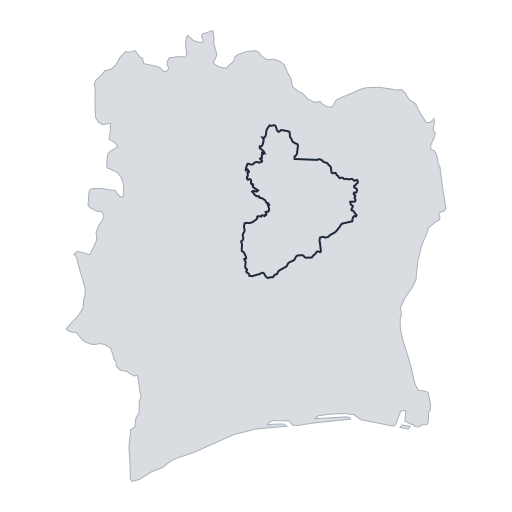 location of Vallée du Bandama within Ivory Coast
{"feature_id": "CIV-3450", "entity_name": "Vallée du Bandama", "entity_type": "Region", "adm_level": 1, "iso_a3": "CIV", "parent_name": "Ivory Coast", "parent_adm1": "", "projection": "robinson", "projection_center": [-5.056, 8.307], "detail": "fine", "context": "in_parent", "style": "outline", "palette": "slate", "viewbox_px": 512, "rotation_deg": 0, "n_neighbors": 0, "source": "natural_earth", "source_scale": "10m", "svg_char_len": 9562}
<svg xmlns="http://www.w3.org/2000/svg" viewBox="0 0 512 512"><path d="M104.8,70.4L106.6,70.4L111.4,68.8L115.7,65.2L119.8,57.7L125.3,51.7L131.4,52.1L133.3,51.0L135.4,50.8L138.0,54.8L140.6,57.8L142.4,57.9L143.8,63.6L155.0,66.0L159.8,67.5L163.9,71.7L165.3,71.8L167.0,70.9L168.3,69.5L168.6,67.9L166.9,64.1L167.6,60.7L169.4,57.7L172.3,57.5L176.7,56.7L181.7,56.7L185.4,57.2L186.9,54.2L185.5,45.7L185.9,41.0L186.5,37.1L187.9,35.5L193.4,40.5L198.5,42.2L202.2,42.4L203.2,41.4L201.6,36.0L202.1,34.4L203.4,33.5L205.8,32.9L212.3,30.7L213.0,31.2L214.2,39.7L213.6,42.5L215.0,48.2L216.7,53.6L216.5,55.8L215.1,59.1L213.5,62.2L213.7,63.4L216.3,65.5L221.2,67.6L226.3,68.1L229.2,65.0L232.2,62.5L234.2,60.2L234.9,56.8L238.2,54.4L247.5,51.3L256.1,50.8L258.1,51.8L262.0,56.5L266.9,59.7L274.3,59.3L279.7,61.2L284.4,64.8L287.6,72.8L291.0,78.6L292.5,86.9L297.9,91.2L302.2,93.1L307.9,99.1L313.9,102.2L320.1,101.5L323.0,104.6L327.6,106.8L332.2,107.0L336.2,100.1L341.6,97.3L355.1,91.8L360.4,89.3L365.8,87.8L378.9,87.3L391.0,89.0L397.0,90.2L401.1,89.3L405.0,92.6L409.0,99.4L412.3,101.6L415.7,104.0L418.2,109.4L421.2,114.8L422.8,117.2L426.4,122.5L429.5,122.6L432.6,120.3L433.9,118.6L434.5,122.1L433.3,127.8L433.6,131.3L435.3,132.6L434.4,137.2L430.8,144.9L430.8,149.4L434.3,150.8L436.9,155.7L438.4,164.0L439.9,166.7L440.1,168.4L442.7,188.5L445.9,208.6L443.9,211.2L441.1,211.9L439.3,212.9L438.8,214.8L440.0,217.5L439.2,220.0L435.8,221.7L428.2,228.1L427.7,230.7L425.7,236.1L424.1,239.4L421.6,245.6L417.7,261.9L416.3,275.4L416.1,279.5L414.6,282.4L412.9,286.6L404.7,298.2L400.5,307.6L401.1,311.8L401.3,315.9L400.1,318.9L400.3,326.8L401.3,333.5L402.8,340.1L408.7,358.7L411.8,369.9L413.7,379.0L415.4,385.1L417.0,387.6L417.7,390.0L426.5,391.6L428.2,393.0L430.6,404.8L430.2,410.2L428.5,412.2L428.5,416.7L428.1,422.4L426.9,424.6L421.9,424.9L418.6,427.0L414.2,426.2L413.8,424.8L411.4,424.3L404.8,421.1L405.9,410.8L402.9,410.4L400.5,411.7L395.9,424.0L393.7,426.2L361.1,419.8L354.0,414.7L345.5,413.5L330.7,414.1L318.5,415.6L315.0,418.7L345.8,416.9L349.1,417.3L350.7,419.1L311.8,423.2L296.9,425.6L292.5,425.0L289.2,421.0L273.0,420.6L269.7,421.8L267.7,424.8L274.1,424.1L284.1,424.0L286.8,426.2L255.4,429.1L233.7,434.6L224.4,438.8L194.1,452.3L175.6,458.6L170.7,461.0L162.3,467.6L151.5,471.8L139.3,479.5L131.9,481.3L130.2,478.8L130.1,465.7L129.0,448.0L129.4,441.3L130.4,435.0L130.4,429.7L134.1,427.7L135.1,425.5L135.7,418.7L139.1,412.5L139.2,401.6L140.2,399.4L141.0,396.5L139.6,389.4L137.7,375.9L136.7,375.1L135.9,375.6L133.9,375.9L126.3,371.2L120.5,370.4L116.3,366.5L116.1,362.0L114.1,359.3L112.7,354.1L110.6,348.1L104.9,344.5L99.4,343.6L95.5,344.4L91.0,344.2L85.8,342.2L82.2,339.9L78.8,335.5L75.7,332.0L73.2,332.4L70.1,331.6L67.1,330.0L66.1,328.8L78.8,314.9L83.0,308.0L83.5,303.9L83.6,299.7L85.0,295.4L85.3,288.8L78.4,264.9L76.6,257.5L74.8,255.3L73.6,254.5L77.1,251.5L82.0,252.3L89.4,254.7L91.0,252.3L96.7,240.2L96.5,235.8L96.0,232.7L99.3,224.4L101.9,221.2L103.3,217.8L102.9,213.1L100.9,211.3L98.3,211.6L95.2,210.5L90.4,207.8L88.0,205.4L88.8,194.5L89.2,191.1L90.9,189.1L93.5,188.6L100.9,188.3L106.9,189.5L112.1,190.3L114.9,190.2L117.2,193.5L120.2,196.8L122.9,196.8L123.8,194.3L123.2,183.5L121.4,177.9L117.4,172.4L107.0,167.7L106.8,161.1L107.9,154.0L110.1,151.4L117.8,146.9L116.5,144.5L114.0,141.9L109.1,139.3L110.3,130.8L110.5,123.2L106.4,124.1L102.1,124.5L98.6,122.2L95.6,117.6L95.0,104.9L95.1,90.3L94.5,83.8L95.7,80.4L99.3,77.2L103.3,73.1L104.8,70.4ZM410.0,426.3L408.3,429.1L400.0,427.4L402.0,425.0L410.0,426.3Z" fill="#d9dde1" stroke="#a8b0b8" stroke-width="1"/><path d="M352.3,221.3L343.1,223.4L341.8,223.8L341.3,224.3L341.0,224.6L339.6,227.0L336.0,231.4L334.9,232.4L330.0,235.1L328.4,236.7L327.5,237.1L326.4,237.4L325.7,237.5L324.9,237.5L323.6,236.9L323.0,236.8L322.5,236.9L320.1,237.5L319.5,240.2L319.6,241.4L319.8,241.8L319.9,242.5L320.9,250.9L320.7,251.7L320.4,252.1L320.0,252.1L318.1,251.5L317.7,251.4L317.3,251.5L316.9,251.6L316.6,251.9L316.3,252.3L315.7,253.3L315.0,254.1L314.7,254.4L313.1,255.7L311.8,257.5L306.8,257.7L305.2,257.5L304.8,257.3L303.7,256.0L302.9,255.4L302.4,255.2L301.9,255.2L298.2,255.4L297.2,255.7L296.5,256.1L295.4,257.7L294.5,259.6L294.0,260.1L293.2,260.7L289.7,262.1L288.8,262.7L288.4,263.1L287.8,263.9L287.6,264.3L287.2,265.2L287.0,265.7L286.6,266.2L286.0,266.8L279.0,270.6L277.9,272.1L277.2,273.7L276.9,274.2L276.5,274.3L276.0,274.3L275.5,274.4L274.8,274.8L274.3,275.3L273.1,277.0L272.7,277.3L272.2,277.4L271.1,277.2L270.7,277.2L268.7,277.8L268.1,277.9L267.6,277.9L267.2,277.7L266.9,277.5L266.5,277.2L265.4,275.9L264.2,273.8L263.9,273.4L263.5,273.0L262.9,272.8L262.4,272.8L262.0,272.8L259.4,274.1L252.3,276.1L251.2,276.1L249.4,275.8L249.6,275.4L249.5,275.0L249.1,274.2L248.8,273.7L248.4,273.4L247.5,273.0L247.2,272.8L246.4,271.9L246.2,271.6L246.2,271.3L246.4,270.9L246.9,270.4L247.1,270.1L247.1,269.7L247.0,269.3L246.5,268.7L245.9,268.5L245.7,268.3L245.3,267.8L245.2,266.3L245.7,261.8L244.7,260.4L244.4,259.0L245.0,259.0L245.6,258.9L245.9,258.7L246.1,258.5L246.2,258.2L246.0,257.3L245.6,256.1L244.4,253.3L243.7,252.3L243.1,251.7L242.4,251.5L242.1,251.3L241.9,251.1L241.8,250.6L241.7,249.9L242.0,245.2L241.9,244.0L241.1,241.4L242.1,240.7L242.5,240.3L243.1,239.2L243.3,238.6L243.3,238.1L243.0,237.0L242.8,236.2L242.8,235.3L242.8,234.9L243.1,233.7L243.2,233.4L244.1,232.0L244.4,231.3L244.6,230.5L244.6,230.1L244.6,229.7L244.0,227.3L244.0,226.6L244.6,223.3L245.1,223.1L246.1,222.9L246.7,222.9L248.8,223.1L251.4,222.6L253.1,221.8L256.7,219.1L257.0,218.7L257.2,218.3L257.3,217.7L257.2,216.6L257.5,216.4L258.2,216.2L260.1,216.3L261.1,216.6L261.6,215.5L262.5,215.3L263.6,215.6L264.4,216.1L264.9,215.1L265.7,215.3L266.2,214.7L266.3,213.7L265.6,212.1L266.4,211.7L268.3,211.7L269.1,210.2L269.0,208.4L267.9,204.9L269.1,204.9L268.6,203.7L267.8,203.1L266.9,202.9L266.2,202.5L266.0,202.0L265.3,200.5L265.1,200.2L264.7,199.9L264.0,199.6L262.8,198.6L262.4,198.4L259.4,197.6L259.2,197.3L259.1,196.4L258.8,196.2L256.6,196.2L256.1,196.0L255.6,195.4L255.3,195.2L254.6,194.7L252.9,192.3L252.1,191.7L252.5,191.3L253.0,191.0L253.6,190.8L254.2,190.9L255.3,191.4L256.8,191.5L257.4,191.2L258.1,190.4L253.0,187.1L252.7,185.9L253.2,185.3L253.1,184.7L253.0,184.4L252.8,184.1L251.8,184.2L251.3,183.9L251.0,183.4L251.0,183.0L251.0,182.2L251.1,180.3L250.9,179.9L250.7,179.6L250.1,179.3L249.4,179.1L249.1,179.2L248.3,179.7L248.0,179.8L247.8,179.7L247.2,178.9L247.0,178.6L246.9,178.3L246.9,177.1L247.0,176.9L247.3,176.8L247.5,176.6L247.6,176.0L247.7,175.5L247.9,174.2L247.8,173.7L247.7,173.4L247.5,173.1L247.4,172.8L247.5,172.5L247.8,172.2L248.5,172.2L248.8,172.1L249.0,171.8L249.0,171.4L248.8,171.2L248.2,170.8L248.0,170.5L247.8,169.8L247.7,169.5L247.4,169.3L247.1,169.2L246.8,169.2L246.5,169.5L246.3,170.0L246.0,170.4L245.8,170.4L245.7,169.9L245.8,169.3L246.4,166.8L247.3,164.3L247.6,163.8L248.1,163.7L248.5,163.7L248.9,163.8L249.4,164.2L249.7,164.3L250.8,164.4L251.5,164.6L251.9,164.6L252.5,164.4L253.1,164.1L253.6,163.7L254.7,162.5L255.3,162.3L256.0,162.1L257.1,162.0L258.0,162.2L258.6,162.5L259.3,162.6L259.6,162.6L260.0,162.3L260.6,162.3L261.6,161.9L262.1,161.2L262.0,160.3L261.6,160.2L260.7,159.5L260.0,158.7L260.4,158.4L262.0,157.8L261.7,155.1L263.2,154.0L262.3,153.2L262.0,153.0L262.0,152.6L262.6,152.5L263.3,152.6L263.9,152.8L264.5,153.0L263.4,150.9L259.7,148.1L259.8,146.3L261.2,146.5L262.2,145.5L262.8,143.9L263.6,140.8L263.6,139.6L263.2,138.6L262.4,137.5L264.3,137.7L265.4,136.4L266.0,134.3L266.2,132.0L266.6,130.1L267.5,128.3L269.6,125.4L271.0,125.8L273.8,125.3L274.6,125.3L274.9,125.4L275.3,125.7L275.7,126.4L277.2,130.5L277.4,130.8L277.6,131.2L278.1,131.6L278.6,131.8L279.0,131.8L279.6,131.5L280.3,130.8L280.6,130.3L280.9,130.1L281.4,130.0L287.8,131.2L288.7,131.5L289.5,131.9L289.6,132.7L289.9,134.9L289.9,136.4L290.0,136.9L290.4,137.6L290.6,137.9L291.2,138.6L291.6,139.2L292.3,141.2L292.6,141.7L293.0,142.0L293.9,142.4L294.6,143.1L294.8,143.3L295.8,143.4L296.6,143.9L297.2,144.0L297.4,144.2L297.6,144.4L297.8,144.7L297.9,145.3L297.9,146.1L297.1,152.6L297.2,152.8L297.1,153.3L296.8,154.0L296.0,155.3L295.5,155.9L295.1,156.1L294.6,156.4L294.6,159.0L317.3,159.9L318.1,159.4L318.8,159.2L319.3,159.2L319.8,159.3L322.1,160.3L322.5,160.8L322.8,161.4L323.3,161.8L324.2,162.2L326.3,162.7L327.1,163.1L327.7,163.5L328.3,164.7L328.5,165.0L329.8,165.9L330.3,166.3L330.7,166.9L330.9,167.7L331.4,171.9L331.6,172.7L331.9,173.1L332.3,173.3L332.7,173.3L334.1,172.9L334.6,172.9L335.3,172.9L335.7,173.0L336.0,173.3L336.1,173.6L336.3,174.4L336.5,174.8L336.8,175.2L338.1,176.0L338.4,176.4L338.7,177.1L338.9,177.5L339.4,177.9L339.8,178.1L340.1,178.1L340.5,178.1L341.6,177.6L342.2,177.6L342.6,177.7L342.9,177.9L343.4,178.5L343.8,178.9L344.3,179.1L344.7,179.1L345.4,178.9L345.9,178.9L346.6,178.9L348.0,179.3L348.7,179.3L349.3,179.3L350.4,179.0L350.9,179.0L351.7,179.0L352.6,179.2L352.9,179.4L353.6,180.3L354.0,180.6L354.3,180.8L354.6,180.7L355.6,180.3L356.2,180.1L357.1,179.9L357.4,180.3L357.8,181.8L357.7,182.8L355.9,184.3L355.5,185.2L354.4,185.6L354.0,186.0L354.2,187.3L356.5,188.7L357.1,190.1L356.4,192.3L355.1,192.8L354.2,193.0L354.0,192.8L353.6,193.7L353.8,194.3L354.1,194.7L354.5,195.2L354.6,195.3L354.9,195.3L355.1,195.3L355.3,195.7L355.3,196.2L355.2,196.5L354.7,197.6L354.5,197.8L354.5,198.0L355.1,198.8L355.4,199.3L355.5,200.0L355.4,200.8L354.9,201.5L354.0,201.7L350.9,201.7L350.2,201.8L350.3,202.4L350.5,203.4L350.6,204.2L350.9,204.6L352.4,205.6L352.8,206.3L352.6,207.2L351.7,208.6L351.5,209.5L351.6,210.3L352.1,210.5L352.7,210.6L353.4,211.0L355.8,214.3L356.6,215.1L356.4,215.5L356.0,216.2L355.7,216.6L354.3,216.0L353.2,217.0L352.6,218.7L352.3,221.3Z" fill="none" stroke="#1e293b" stroke-width="2"/></svg>